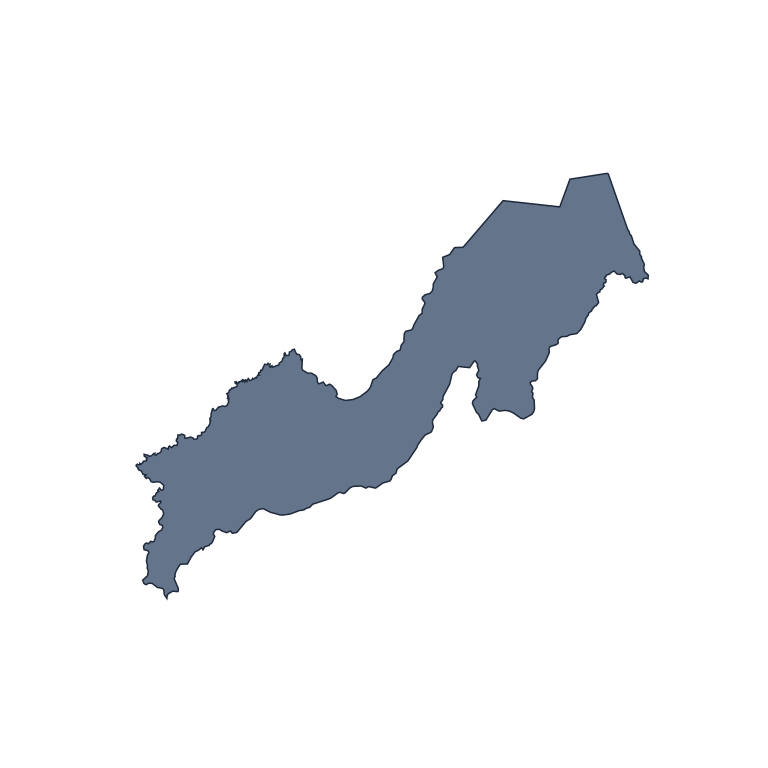 Balsas, Maranhão, Brazil (Natural Earth projection), rotated 34°
{"feature_id": "56859067B97951536873323", "entity_name": "Balsas", "entity_type": "district", "adm_level": 2, "iso_a3": "BRA", "parent_name": "Brazil", "parent_adm1": "Maranhão", "projection": "natural_earth1", "projection_center": [-46.459, -8.287], "detail": "fine", "context": "isolated", "style": "filled", "palette": "slate", "viewbox_px": 768, "rotation_deg": 34, "n_neighbors": 0, "source": "geoboundaries", "source_scale": "gbopen_adm2", "svg_char_len": 6168}
<svg xmlns="http://www.w3.org/2000/svg" viewBox="0 0 768 768"><g transform="rotate(34 384 384)"><path d="M274.4,447.2L274.8,450.2L274.0,450.3L273.4,452.5L271.9,452.7L272.2,454.3L271.1,456.2L268.4,455.4L268.8,456.7L268.1,457.4L268.7,458.3L267.8,458.0L267.6,459.8L266.7,458.4L265.5,460.9L265.0,459.3L264.4,459.4L263.9,461.6L262.4,463.6L263.0,464.0L262.6,464.7L262.1,465.3L260.0,464.8L259.3,465.8L260.7,466.7L262.0,466.2L263.4,467.4L263.1,469.2L261.3,471.1L260.9,472.5L260.1,472.4L259.9,474.7L259.2,475.6L260.1,477.9L259.1,480.0L261.0,480.7L261.3,481.5L262.1,481.3L262.2,483.4L263.9,483.1L263.7,484.3L265.3,485.7L265.8,489.7L264.7,491.5L262.5,492.4L259.6,495.9L259.4,499.7L258.7,500.5L257.8,501.0L256.2,499.9L255.7,500.6L257.4,505.6L258.8,507.6L259.0,510.4L260.7,511.2L260.4,512.1L261.2,512.6L261.9,514.6L262.2,518.0L261.5,519.2L262.2,524.1L259.8,526.2L261.2,528.1L260.6,529.5L258.7,530.8L258.7,531.9L259.8,533.2L259.3,534.6L257.2,536.1L255.9,535.5L253.4,536.1L249.8,540.1L249.0,540.2L247.9,538.3L246.4,538.0L244.1,538.8L243.6,540.1L241.6,541.5L243.2,543.8L242.8,544.8L243.6,545.7L243.1,546.5L243.9,547.6L245.6,547.7L246.8,550.7L244.3,552.1L243.6,555.4L240.9,555.3L240.5,556.4L241.4,558.7L237.3,559.5L236.1,561.3L235.9,562.4L236.9,564.3L236.6,566.9L235.1,568.3L234.9,570.4L233.9,570.8L233.0,570.5L232.8,569.5L232.0,570.4L231.4,573.5L229.7,575.3L228.8,574.9L224.4,576.4L225.6,577.9L229.1,577.8L228.9,579.3L229.9,579.9L229.9,580.7L227.6,582.7L228.1,583.5L227.4,586.5L226.0,586.3L226.7,587.3L225.3,588.5L224.4,588.3L223.9,589.7L224.3,590.5L227.0,591.1L227.5,591.9L229.0,592.4L231.4,591.8L234.9,593.7L237.6,592.4L237.1,594.5L239.2,595.1L239.9,595.1L240.3,593.8L242.4,593.5L245.5,595.2L247.7,594.5L250.5,592.0L253.4,590.5L258.0,591.2L259.8,594.4L259.9,595.6L258.6,596.6L256.1,595.7L255.9,598.9L257.4,599.2L256.2,601.4L256.8,605.0L255.9,605.4L255.6,607.5L257.2,609.2L259.0,608.6L261.2,609.3L264.1,606.0L265.2,606.6L264.7,610.6L265.3,611.3L269.4,612.5L271.1,612.3L273.8,614.6L274.7,619.1L273.8,623.0L274.1,624.2L276.5,625.8L279.4,625.2L280.6,626.4L281.3,629.4L279.7,632.6L279.2,637.3L280.7,639.9L281.4,642.9L280.6,644.3L278.5,644.9L278.1,648.0L275.8,648.8L275.1,650.9L275.5,653.2L277.7,655.5L281.7,654.2L283.4,655.3L283.5,658.0L286.0,663.6L289.5,666.8L290.4,668.8L293.0,670.7L295.2,675.1L293.6,681.6L296.5,683.6L298.4,683.6L299.3,683.1L300.0,681.1L303.3,678.9L309.8,679.4L314.4,677.4L316.5,677.7L319.7,681.5L323.9,683.2L322.7,681.0L322.4,678.6L324.7,673.9L329.1,671.5L329.2,670.6L327.6,668.4L318.8,662.7L318.5,660.4L317.4,659.2L316.2,655.2L315.8,648.5L316.4,646.9L321.7,643.1L320.9,635.5L321.2,628.8L322.9,626.1L324.4,621.8L326.7,622.7L326.4,619.2L329.3,615.5L329.2,613.8L330.0,613.1L330.1,610.6L328.9,604.9L326.6,604.0L325.7,601.8L326.0,598.7L329.1,596.4L331.7,596.5L336.8,595.2L338.8,591.7L341.7,592.6L344.4,590.1L345.1,588.8L346.4,575.4L348.6,570.3L349.0,561.5L350.2,558.2L353.5,554.9L361.4,553.9L370.4,550.9L373.0,549.6L378.8,544.4L384.6,536.3L388.0,533.2L389.0,530.7L391.4,527.7L392.1,523.5L402.3,510.5L403.8,508.2L406.9,499.6L408.5,498.2L411.8,497.4L412.5,496.4L413.9,489.1L415.4,486.4L422.1,481.3L427.3,480.4L428.5,477.7L435.3,475.0L438.4,466.7L443.0,461.3L443.3,459.3L442.3,455.4L443.8,451.4L442.4,447.0L446.8,434.5L446.8,418.4L446.1,415.8L446.1,409.7L446.7,403.1L449.8,398.0L450.0,396.7L449.0,392.1L445.4,388.5L444.5,386.3L444.9,379.1L444.4,377.2L445.2,375.1L444.9,372.5L445.4,370.2L444.2,368.7L441.5,368.0L441.5,364.0L440.0,361.4L438.5,347.4L434.9,337.9L434.8,336.1L436.0,332.4L435.7,328.0L445.8,322.6L446.0,314.5L446.5,313.9L450.3,315.1L451.1,316.7L455.0,319.7L455.6,324.7L458.5,326.3L460.9,325.5L461.1,328.8L463.5,332.2L466.0,341.8L468.2,343.0L467.2,348.1L468.2,350.8L476.9,356.0L479.2,356.1L485.8,360.0L488.7,357.0L488.2,344.8L489.0,342.8L494.6,342.1L499.2,338.1L502.8,336.4L507.0,335.7L516.6,335.8L519.3,334.8L523.6,326.3L523.6,323.2L522.5,320.1L517.4,313.3L514.7,312.3L512.6,308.3L510.6,307.8L509.9,304.5L508.2,303.1L505.3,302.1L504.4,301.0L505.2,298.6L507.7,296.7L508.3,293.9L505.3,289.4L504.2,286.5L505.1,274.7L503.8,267.1L503.1,264.8L501.0,262.6L500.8,259.9L504.6,255.5L505.4,253.5L505.4,252.3L504.0,250.9L503.6,249.3L504.6,245.7L508.9,242.3L510.5,239.3L515.7,234.3L516.6,228.6L515.9,220.7L514.6,216.3L514.8,212.6L514.0,210.5L515.2,207.5L514.8,205.6L515.4,201.2L516.2,200.3L516.4,196.5L510.0,190.9L510.3,188.8L511.4,187.0L510.6,185.1L511.4,183.7L511.8,179.6L510.8,179.4L509.8,177.6L511.1,175.7L509.8,173.3L507.8,173.3L507.3,171.6L508.0,170.9L507.5,169.4L509.6,166.6L510.2,163.9L511.7,161.6L515.6,162.5L518.6,161.1L519.5,159.1L523.2,159.5L524.4,161.0L525.3,161.1L528.1,157.7L533.4,160.4L536.1,159.9L537.0,158.8L537.9,155.9L540.8,155.5L541.2,154.2L540.2,151.8L540.6,151.2L542.2,149.5L544.1,149.2L542.3,146.0L537.0,145.1L534.1,142.1L532.9,139.2L526.7,135.5L526.4,134.5L523.6,133.5L521.8,130.9L512.9,128.1L506.0,122.7L504.0,122.4L502.4,120.8L499.5,119.5L452.4,84.4L451.3,84.5L423.6,110.2L430.7,138.9L380.2,165.4L373.1,226.5L366.6,231.1L366.1,232.2L366.1,239.9L361.8,246.2L367.9,253.3L368.3,255.6L365.5,259.2L364.1,263.2L368.2,265.5L368.9,273.5L370.9,276.7L372.0,279.9L371.4,283.3L368.2,287.0L367.3,290.6L368.2,292.2L372.1,293.5L373.0,294.7L373.8,300.6L376.0,303.9L374.8,307.8L375.8,318.6L376.8,322.2L376.2,324.2L372.6,328.0L372.6,330.7L375.6,336.0L376.9,337.3L376.6,342.3L378.4,347.0L376.3,349.8L375.6,352.9L375.5,354.5L376.7,357.2L377.4,365.4L375.1,374.1L374.3,383.3L372.4,386.7L374.5,394.0L374.4,396.9L374.2,399.3L371.3,407.8L366.7,414.5L361.2,419.2L354.3,421.3L351.1,421.2L350.9,418.6L347.9,416.0L341.4,414.4L338.9,414.6L337.5,417.2L336.3,417.7L332.4,416.4L330.2,420.0L329.3,420.3L327.6,419.5L325.4,416.5L322.6,415.2L317.7,415.6L314.6,417.7L308.7,418.0L307.2,417.0L302.5,409.2L302.2,410.3L301.5,410.3L299.7,407.9L297.2,407.0L294.8,408.1L290.1,405.3L288.8,407.1L288.8,408.9L287.7,410.4L289.0,412.9L288.7,413.7L286.9,415.2L284.4,413.6L284.2,414.5L286.0,417.3L285.8,419.6L286.7,421.9L285.5,425.3L286.2,426.9L282.0,432.6L280.9,431.5L280.2,433.7L279.2,433.3L278.4,431.3L277.9,432.1L276.3,431.7L276.4,433.2L274.0,434.4L275.1,440.9L274.1,441.5L274.9,443.3L273.9,444.5L274.2,445.6L275.7,446.4L274.4,447.2Z" fill="#64748b" stroke="#1e293b" stroke-width="1.5"/></g></svg>